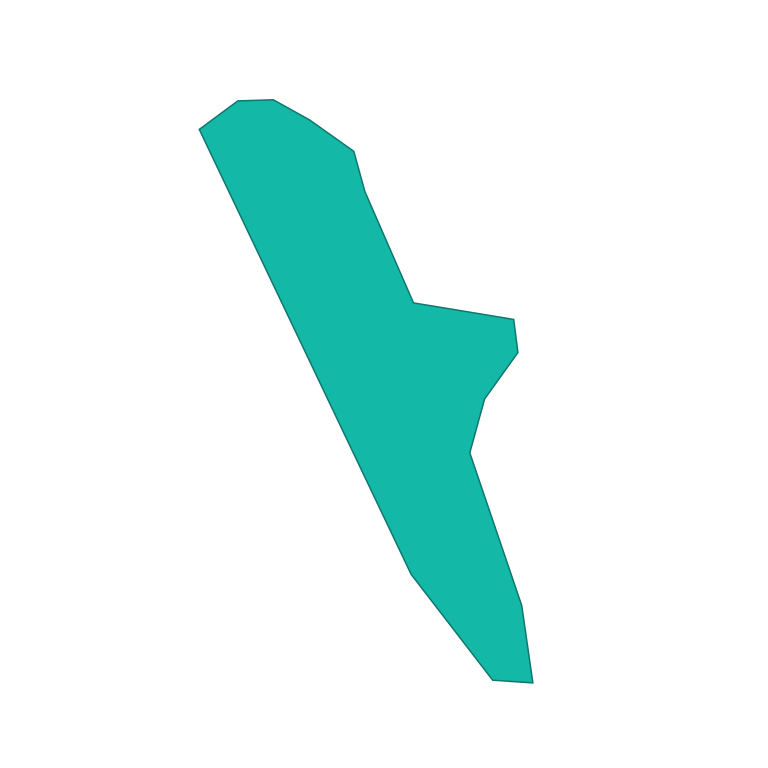 the state/province of Peleliu, rotated 309°
{"feature_id": "PLW-5258", "entity_name": "Peleliu", "entity_type": "state/province", "adm_level": 1, "iso_a3": "PLW", "parent_name": "Palau", "parent_adm1": "", "projection": "robinson", "projection_center": [134.266, 7.029], "detail": "fine", "context": "isolated", "style": "filled", "palette": "teal", "viewbox_px": 768, "rotation_deg": 309, "n_neighbors": 0, "source": "natural_earth", "source_scale": "10m", "svg_char_len": 360}
<svg xmlns="http://www.w3.org/2000/svg" viewBox="0 0 768 768"><g transform="rotate(309 384 384)"><path d="M465.6,80.2L512.0,92.2L535.2,119.1L542.4,160.2L545.8,214.2L521.6,247.9L465.6,355.9L515.8,444.2L492.7,468.3L435.7,471.6L384.5,494.0L298.5,630.5L245.4,687.8L222.2,654.9L253.1,525.0L465.6,80.2Z" fill="#14b8a6" stroke="#0f766e" stroke-width="1.5"/></g></svg>